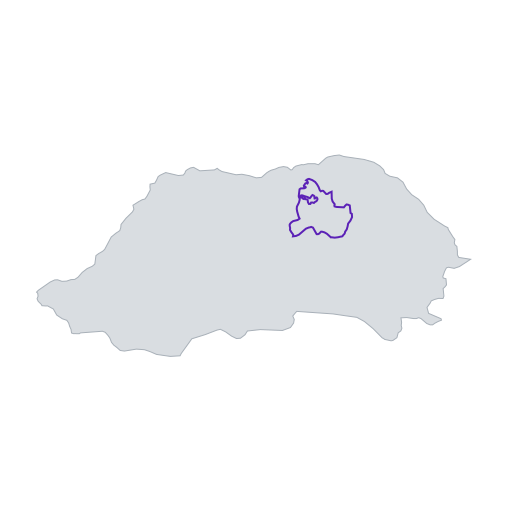 Tolna on a map of Hungary (Robinson projection), rotated 187°
{"feature_id": "HUN-3165", "entity_name": "Tolna", "entity_type": "County", "adm_level": 1, "iso_a3": "HUN", "parent_name": "Hungary", "parent_adm1": "", "projection": "robinson", "projection_center": [18.659, 46.474], "detail": "fine", "context": "in_parent", "style": "outline", "palette": "violet", "viewbox_px": 512, "rotation_deg": 187, "n_neighbors": 0, "source": "natural_earth", "source_scale": "10m", "svg_char_len": 4549}
<svg xmlns="http://www.w3.org/2000/svg" viewBox="0 0 512 512"><g transform="rotate(187 256 256)"><path d="M422.0,157.3L428.0,156.7L428.2,156.8L429.7,157.1L430.7,160.8L430.9,161.0L432.4,163.5L433.8,166.7L435.9,169.1L440.6,170.1L446.6,173.1L450.7,178.7L456.6,181.0L457.0,181.1L458.2,180.8L462.4,180.6L463.2,181.8L466.7,184.5L468.1,186.9L467.4,189.5L468.1,192.4L469.4,193.4L467.9,195.4L457.1,205.1L452.9,207.7L450.0,208.2L445.5,207.2L440.9,208.0L436.8,210.0L433.0,210.7L430.1,213.2L426.5,218.5L422.0,223.0L417.3,225.8L415.0,228.3L414.9,236.9L412.3,239.4L408.9,241.9L407.0,244.1L402.0,257.2L398.0,261.4L394.3,264.6L393.7,267.6L393.8,270.9L389.6,277.7L384.0,284.7L382.9,287.5L384.3,291.4L378.9,295.8L375.8,298.0L373.2,299.0L371.6,301.8L369.0,308.6L369.7,311.6L369.9,314.4L365.3,316.0L364.0,319.1L362.8,322.9L360.9,324.6L355.8,327.8L342.9,326.4L338.0,327.5L336.6,329.8L336.3,331.6L334.8,333.3L331.8,335.4L328.8,336.4L322.1,333.7L307.7,336.4L305.2,338.3L303.2,337.0L300.1,335.7L285.7,334.2L280.0,335.4L272.4,334.9L265.3,333.6L260.1,334.7L255.4,340.0L253.2,341.8L251.4,343.0L247.4,344.7L244.1,346.7L239.6,348.1L235.7,347.9L231.9,345.6L230.6,346.1L229.4,348.3L227.4,350.1L221.8,352.3L220.4,352.3L220.1,352.3L215.8,353.9L208.7,354.8L205.2,354.2L198.7,361.6L196.8,363.0L190.6,365.2L185.6,366.4L181.3,365.5L179.6,365.4L160.5,365.0L150.5,363.4L144.1,360.5L139.9,357.3L137.9,353.7L132.9,351.5L125.1,350.8L119.1,347.2L114.7,340.9L108.9,335.8L101.5,332.1L95.7,326.9L91.4,320.2L83.6,314.1L72.4,308.7L69.0,307.5L68.4,305.8L62.9,299.0L60.6,296.6L60.8,293.2L59.8,291.3L57.8,290.0L56.7,285.2L56.2,281.6L54.6,279.3L42.6,278.9L52.8,270.3L57.8,267.9L63.6,268.3L65.5,267.5L66.0,266.3L67.0,263.5L67.5,260.9L68.1,258.4L67.5,257.0L64.7,256.6L63.4,250.5L64.8,248.2L66.3,246.5L64.6,239.1L65.2,236.6L69.7,236.2L73.5,234.6L76.6,232.8L77.4,230.5L80.0,225.8L77.7,220.1L64.7,216.3L64.1,214.9L67.1,213.3L70.4,211.0L72.3,209.2L74.8,208.9L78.3,209.8L84.6,214.0L87.0,214.6L89.3,213.4L91.8,213.1L98.8,213.3L104.6,212.3L103.4,207.9L103.4,204.7L102.4,202.1L103.1,199.3L105.5,197.1L106.2,192.1L109.9,188.8L111.6,188.3L118.1,188.9L119.6,189.8L120.6,190.0L130.8,198.1L140.4,204.2L148.4,207.4L160.1,207.6L172.5,207.9L193.3,206.8L208.8,206.0L209.9,204.5L212.2,200.9L210.3,197.7L210.5,194.0L213.1,189.2L220.7,185.3L242.7,183.5L255.4,180.5L257.3,176.5L261.4,172.5L265.3,171.7L270.5,173.5L276.9,177.0L282.4,178.9L285.7,177.7L296.8,171.8L309.6,166.0L318.3,150.2L319.2,147.7L328.8,145.9L342.7,146.2L349.9,148.3L355.3,149.4L363.4,149.0L375.0,145.6L379.3,145.7L382.7,148.1L386.3,150.2L388.9,152.7L390.8,156.3L391.8,157.6L393.5,159.4L396.4,161.9L399.3,162.6L420.8,158.3L422.0,157.3Z" fill="#d9dde1" stroke="#a8b0b8" stroke-width="1"/><path d="M204.8,291.6L206.0,291.0L207.1,290.7L209.8,289.2L216.0,282.4L218.7,280.8L221.7,280.0L221.6,281.1L221.7,281.7L222.1,282.2L223.2,283.3L223.4,283.6L223.7,283.8L224.7,285.1L224.9,285.4L225.3,285.8L225.5,286.6L225.5,287.5L225.6,288.2L226.2,289.9L226.4,291.1L226.1,292.1L225.1,293.6L223.3,295.2L219.1,296.8L217.3,298.4L218.5,300.3L220.5,305.0L221.3,307.6L221.4,310.0L219.9,314.2L219.5,317.1L219.7,318.3L220.7,319.9L220.9,320.8L220.9,327.5L219.9,328.5L216.3,329.1L215.2,329.8L215.0,330.2L215.2,330.6L215.9,330.9L216.7,330.7L217.1,331.7L215.8,334.1L214.8,334.6L213.8,334.2L213.4,335.0L214.1,336.5L215.5,337.2L214.3,338.4L212.8,339.0L209.4,338.2L206.3,336.7L204.2,334.6L202.3,332.1L200.7,329.1L199.6,328.1L198.3,328.8L197.1,328.8L193.9,326.1L192.4,326.4L191.3,327.5L188.8,329.0L187.8,322.2L186.6,319.4L184.2,317.0L184.4,315.8L184.1,314.8L182.2,314.5L174.7,315.0L173.6,316.8L172.4,318.2L170.8,318.1L169.1,317.6L167.4,310.2L166.0,309.5L165.4,306.3L166.6,302.6L168.5,299.4L168.7,296.4L169.2,293.4L170.5,291.0L170.6,289.7L171.0,288.6L171.9,287.5L172.6,286.2L173.2,285.8L173.9,285.7L176.9,284.6L180.1,283.8L183.4,283.8L183.9,283.6L188.3,286.7L190.9,287.8L193.5,288.2L194.4,288.1L195.1,287.2L195.9,286.0L197.2,285.2L198.5,285.1L202.9,291.1L204.8,291.6ZM211.7,318.4L211.3,316.9L211.0,315.7L209.8,314.1L208.4,314.3L207.8,315.8L206.2,316.0L205.0,315.7L204.1,316.8L202.7,317.8L202.1,318.9L201.9,320.0L202.3,320.9L202.9,321.5L204.3,320.8L204.6,320.2L204.9,320.2L205.1,321.2L205.3,322.4L206.1,323.0L207.4,323.4L208.4,322.0L209.0,320.7L209.6,319.9L211.1,320.5L212.6,320.9L214.0,321.1L215.7,321.4L217.1,321.8L218.6,321.7L219.2,320.8L219.1,320.1L218.6,319.5L217.8,319.6L217.0,320.0L216.9,319.2L216.7,318.8L216.2,318.6L215.7,318.4L215.1,318.9L214.8,319.3L214.8,319.5L214.5,319.3L214.1,318.9L213.9,318.6L213.9,318.4L211.7,318.4Z" fill="none" stroke="#5b21b6" stroke-width="2"/></g></svg>